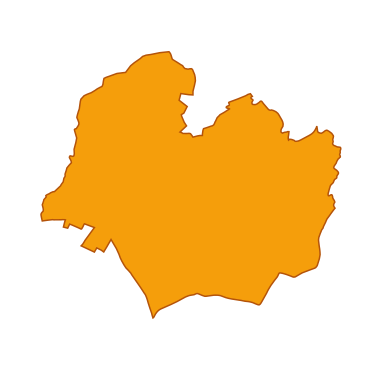 the district of Yen Mo, Ninh Bình, Vietnam, rotated 103°
{"feature_id": "81297802B9308814425220", "entity_name": "Yen Mo", "entity_type": "district", "adm_level": 2, "iso_a3": "VNM", "parent_name": "Vietnam", "parent_adm1": "Ninh Bình", "projection": "robinson", "projection_center": [105.992, 20.128], "detail": "fine", "context": "isolated", "style": "filled", "palette": "amber", "viewbox_px": 384, "rotation_deg": 103, "n_neighbors": 0, "source": "geoboundaries", "source_scale": "gbopen_adm2", "svg_char_len": 5928}
<svg xmlns="http://www.w3.org/2000/svg" viewBox="0 0 384 384"><g transform="rotate(103 192 192)"><path d="M71.0,270.6L73.7,272.5L79.0,277.3L82.8,280.2L90.4,283.6L93.4,291.8L99.7,301.6L101.1,303.3L103.6,303.3L107.2,303.0L109.4,303.4L110.6,305.0L112.9,307.6L114.8,309.3L117.9,312.5L120.4,316.2L122.5,318.8L126.5,321.1L128.7,321.2L136.5,320.5L138.9,320.8L142.6,321.0L145.1,321.0L146.0,320.5L147.3,319.5L149.6,318.0L151.1,317.5L152.7,317.7L156.3,319.0L156.9,320.2L157.7,320.6L158.8,320.1L165.3,316.5L170.0,316.3L176.9,316.5L181.2,315.3L183.0,315.2L183.6,315.4L184.1,316.1L184.2,318.9L185.1,319.3L186.1,319.2L187.1,318.3L188.9,316.8L190.6,316.1L193.6,317.8L196.7,319.3L199.6,319.4L201.5,319.6L202.8,319.7L203.7,319.6L204.9,319.2L205.3,319.2L205.8,319.3L206.7,319.7L207.7,319.9L210.8,319.8L211.4,319.9L211.8,320.1L212.3,320.3L213.2,320.7L214.4,321.2L215.5,321.4L222.1,325.8L222.6,326.2L223.0,327.4L223.4,328.0L224.5,329.5L226.0,331.0L227.2,332.6L228.1,333.4L228.4,333.6L228.6,333.6L228.8,333.5L229.1,333.2L229.4,333.0L229.6,333.0L229.8,333.0L232.7,334.6L232.9,334.6L233.8,334.6L236.5,334.8L237.8,335.0L238.2,335.0L241.1,333.5L242.7,332.9L243.2,332.8L243.9,332.8L244.4,332.8L245.1,333.3L246.6,334.0L247.5,334.1L248.2,334.0L248.7,333.8L251.0,332.8L253.9,331.4L251.9,326.2L250.3,321.6L250.2,320.4L248.5,313.3L248.1,312.1L247.7,310.2L247.6,309.1L249.6,309.3L255.1,309.4L255.2,305.0L250.8,304.0L251.1,301.8L252.5,294.3L253.1,291.7L252.9,291.4L252.7,291.2L251.8,290.9L250.1,290.4L247.6,289.9L247.2,289.6L248.6,279.1L263.3,285.4L264.4,285.7L267.3,286.7L269.4,287.9L272.5,273.6L267.9,272.2L269.0,267.7L269.2,267.0L269.6,266.2L270.3,264.5L269.6,264.3L264.7,262.7L256.5,260.2L264.2,252.9L269.3,249.0L271.5,247.6L272.4,247.0L274.9,245.0L278.2,242.0L280.8,239.3L282.6,236.5L284.9,233.3L286.1,232.2L295.9,221.4L299.4,217.7L300.9,216.2L302.6,214.3L305.1,212.5L307.4,211.1L309.8,209.8L314.5,207.0L319.1,204.1L320.9,203.2L323.5,201.7L323.3,201.5L322.4,201.0L319.3,200.2L317.3,199.4L315.7,198.5L314.8,197.9L313.7,196.9L312.9,196.0L309.3,191.2L306.4,187.3L302.1,181.9L295.7,174.7L294.2,172.5L293.5,171.4L292.7,169.6L291.6,166.9L290.4,165.4L290.1,165.0L290.0,164.6L289.8,164.2L289.7,163.3L290.5,158.4L290.7,156.4L290.6,155.5L290.5,155.1L290.1,154.0L287.7,147.7L287.4,146.6L286.8,143.9L286.6,142.1L286.6,140.7L287.3,135.2L287.4,132.5L287.3,129.1L286.6,119.8L286.5,115.8L286.1,112.5L286.0,110.6L286.1,108.0L286.7,104.7L287.0,102.3L286.9,101.3L286.7,101.0L286.5,100.8L286.0,100.4L285.2,100.0L284.1,99.6L273.9,96.6L271.2,96.0L269.1,95.4L265.2,94.1L259.5,91.7L255.7,89.9L254.7,89.6L251.9,89.0L251.7,88.9L251.3,88.6L251.1,88.2L251.0,87.8L250.9,86.0L250.9,84.8L251.1,81.6L251.6,77.5L252.0,75.0L252.1,74.3L252.0,73.8L251.7,72.7L251.3,72.1L247.8,68.4L245.9,66.3L241.6,59.9L238.8,55.6L238.0,54.6L237.5,54.3L236.0,53.6L235.2,53.4L228.4,52.9L224.3,53.1L222.4,53.6L220.8,54.1L218.8,54.8L215.8,56.0L210.8,57.8L209.8,58.0L207.8,58.2L206.8,58.1L203.4,57.7L202.3,57.5L199.6,57.1L198.0,56.3L195.9,56.1L191.2,55.0L189.8,54.8L187.9,54.4L184.0,52.7L182.0,51.9L177.6,50.0L175.6,49.0L174.4,50.3L173.8,50.7L173.2,51.0L172.4,51.1L171.6,51.1L170.8,50.9L170.1,50.6L169.6,50.6L169.3,50.8L168.8,51.1L167.5,52.2L167.0,52.8L165.9,53.6L164.8,54.0L163.7,54.6L163.3,55.1L163.3,55.6L163.5,56.0L164.0,56.6L164.5,57.1L164.7,57.4L164.9,57.8L164.9,58.0L164.9,58.3L164.6,58.5L164.0,58.8L162.9,59.0L162.2,59.0L160.9,58.9L159.2,58.9L156.1,58.7L154.9,58.6L154.3,58.4L153.7,58.1L152.1,57.1L151.3,56.6L150.6,56.4L149.0,56.2L147.9,55.9L147.3,55.5L146.0,54.3L145.6,54.2L145.2,54.2L144.1,54.4L143.7,54.4L143.3,54.3L141.6,53.6L141.0,53.5L140.4,53.6L140.0,53.8L139.6,54.1L138.8,55.2L138.2,56.1L137.3,58.3L137.0,58.9L136.2,59.4L135.2,59.4L134.8,59.3L131.4,58.0L129.6,57.8L127.2,57.1L125.7,56.1L125.1,55.9L124.7,55.4L124.4,55.4L123.6,55.6L122.5,56.5L121.7,56.6L120.8,56.4L119.8,56.5L119.1,56.8L118.6,56.9L116.9,56.7L115.9,56.9L115.4,57.2L115.1,57.6L115.2,59.2L115.4,60.2L115.2,61.6L114.9,62.9L114.7,64.3L114.3,65.0L113.8,65.6L113.1,65.9L111.3,65.8L110.6,66.0L110.2,66.3L109.3,66.6L108.6,66.7L107.7,66.6L105.9,66.7L105.3,67.0L103.4,69.1L102.2,71.8L101.5,74.0L101.5,74.7L102.2,75.9L104.4,77.7L105.8,79.3L105.7,81.2L105.5,82.3L105.0,82.9L104.4,83.4L102.9,83.9L99.7,85.2L101.5,85.4L104.1,86.1L105.5,86.6L106.8,87.3L108.5,88.5L110.4,90.4L117.1,98.1L118.4,99.9L119.3,102.2L119.3,103.1L118.7,104.2L118.4,106.7L118.6,108.7L119.7,109.6L118.5,110.2L116.6,110.6L114.7,110.7L111.4,111.1L111.6,112.3L112.3,113.3L113.1,115.4L114.3,117.2L114.0,117.9L113.4,118.9L112.4,119.1L111.1,119.2L110.0,119.0L107.6,118.2L105.7,118.4L104.7,118.7L103.0,119.6L101.7,120.6L97.3,124.7L96.1,126.0L95.0,128.1L94.7,129.2L94.3,131.0L94.2,133.0L94.7,134.0L94.7,135.1L94.3,136.2L89.8,142.3L88.1,144.3L87.9,145.1L88.2,145.8L89.6,146.7L91.9,148.8L92.7,150.2L92.9,151.6L93.0,152.4L92.9,152.9L92.2,153.5L91.1,153.8L88.8,153.2L88.2,153.7L88.0,154.7L87.7,155.2L87.0,155.8L86.2,155.7L85.3,154.7L83.1,157.2L84.3,159.4L86.1,161.3L91.1,168.4L94.2,173.1L95.6,175.3L96.4,176.3L96.6,176.3L96.9,176.3L97.7,175.6L98.4,175.3L98.8,175.2L99.3,175.4L99.7,175.9L100.3,176.7L100.9,177.4L101.4,177.7L101.7,177.7L102.1,177.6L102.4,176.6L102.4,174.5L102.6,174.2L103.3,174.8L107.0,178.4L110.4,182.1L111.7,182.8L113.9,184.2L117.7,185.0L118.6,185.3L120.0,185.5L121.6,185.9L122.8,186.9L123.8,188.7L125.6,191.5L127.7,195.0L129.5,195.2L133.1,194.9L134.6,194.6L135.2,197.1L136.2,199.4L138.3,203.4L136.8,205.0L135.5,206.6L135.5,208.0L136.2,210.3L137.0,214.0L136.5,215.4L136.3,217.2L128.8,212.2L125.8,215.3L120.4,219.2L119.0,219.8L117.0,217.7L115.4,217.3L113.9,216.9L112.1,216.5L109.8,215.9L105.5,225.2L98.6,225.0L97.9,216.9L97.2,212.9L93.6,213.7L87.4,213.6L82.9,213.7L79.6,214.7L77.0,215.9L73.6,218.3L72.4,219.2L72.0,220.4L72.5,222.0L73.2,223.5L73.3,226.7L72.5,228.0L71.0,229.6L70.4,231.7L69.6,233.8L67.5,240.0L66.9,241.2L63.7,243.0L62.3,243.9L61.1,245.1L60.5,246.0L63.5,254.7L67.3,263.1L69.0,267.5L71.0,270.6Z" fill="#f59e0b" stroke="#b45309" stroke-width="1.5"/></g></svg>